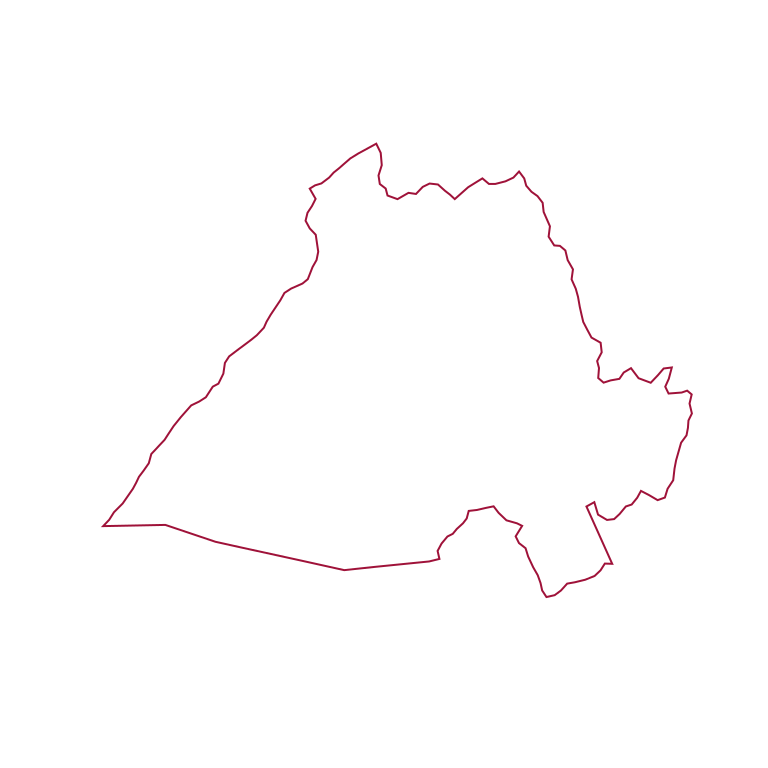 the district of Tarrafas, Ceará, Brazil, rotated 350°
{"feature_id": "56859067B6243055692939", "entity_name": "Tarrafas", "entity_type": "district", "adm_level": 2, "iso_a3": "BRA", "parent_name": "Brazil", "parent_adm1": "Ceará", "projection": "robinson", "projection_center": [-39.719, -6.722], "detail": "fine", "context": "isolated", "style": "outline", "palette": "rose", "viewbox_px": 768, "rotation_deg": 350, "n_neighbors": 0, "source": "geoboundaries", "source_scale": "gbopen_adm2", "svg_char_len": 2394}
<svg xmlns="http://www.w3.org/2000/svg" viewBox="0 0 768 768"><g transform="rotate(350 384 384)"><path d="M82.8,475.2L144.2,484.8L190.6,510.1L214.0,519.8L273.4,544.2L312.5,560.4L343.0,562.5L397.6,566.6L408.2,565.9L407.8,557.7L413.0,551.1L420.0,545.2L425.7,543.5L430.5,539.4L437.6,534.9L442.1,530.8L445.4,523.7L453.7,524.2L463.1,523.7L470.7,523.5L474.5,530.8L480.9,539.5L490.8,544.3L495.4,547.7L487.2,556.9L489.3,564.1L494.9,570.3L496.0,578.9L499.1,590.4L502.2,599.0L503.6,607.2L503.9,614.8L507.0,622.0L515.4,621.6L522.4,618.1L529.7,612.4L537.5,612.4L548.2,611.7L558.1,609.6L564.9,605.1L570.3,599.2L577.5,600.7L562.1,539.8L570.6,536.9L572.1,549.8L580.0,556.6L587.2,557.0L593.5,552.9L600.9,546.6L607.0,545.7L613.6,540.0L618.5,533.9L625.8,539.5L633.3,545.9L640.9,544.6L645.1,536.4L652.1,529.0L655.4,517.8L658.4,509.9L666.4,493.4L673.0,487.1L675.7,480.0L677.5,472.8L682.1,466.5L681.5,456.3L685.2,447.7L681.4,443.2L675.7,444.1L662.6,442.8L660.5,435.5L665.4,428.3L670.3,417.7L662.1,417.3L655.4,422.8L646.9,429.1L635.7,422.5L630.0,411.3L622.1,414.3L616.7,419.8L607.8,419.8L600.5,420.8L596.0,415.3L598.5,405.6L597.9,398.4L603.9,390.6L604.5,381.0L596.4,374.3L593.6,365.8L591.0,357.5L590.6,350.7L590.2,342.1L590.2,331.8L589.4,323.5L586.9,313.5L590.0,303.9L586.4,293.9L585.8,284.0L581.2,278.5L575.7,277.1L571.7,267.5L574.8,257.5L571.1,242.3L571.7,233.1L567.8,225.6L562.6,220.3L558.5,213.4L557.8,205.9L553.9,198.2L547.3,203.2L538.8,205.5L528.4,206.3L522.1,205.2L516.6,198.6L508.8,201.7L501.1,204.8L493.6,209.4L485.8,214.2L481.8,208.9L477.6,204.3L471.8,196.9L463.7,194.5L456.4,196.6L448.5,202.4L441.3,200.0L429.4,204.3L420.2,199.0L419.6,191.8L414.6,186.3L414.8,177.7L419.8,168.1L420.9,155.8L418.1,146.0L398.8,152.5L390.0,156.0L383.0,160.2L376.9,163.9L371.2,167.0L365.8,171.2L357.2,175.6L350.6,176.4L344.8,178.7L348.8,189.8L344.0,196.2L338.4,202.1L335.1,209.6L337.9,217.9L342.7,225.2L342.2,242.3L339.1,250.2L333.9,256.5L327.2,267.5L321.2,270.9L309.1,273.9L301.8,277.0L296.4,283.6L284.5,296.0L279.2,302.2L275.5,307.7L267.2,313.9L261.8,316.9L255.8,320.0L247.0,324.4L236.3,329.9L231.0,335.6L227.6,345.9L221.0,354.9L214.9,356.9L206.3,366.1L198.9,369.2L190.4,371.6L178.2,381.3L169.5,388.9L163.6,395.1L158.2,400.9L151.9,405.6L147.3,409.1L142.7,412.5L138.6,421.2L132.2,427.6L126.6,432.8L122.7,438.3L118.5,443.6L105.9,456.3L95.8,463.4L89.8,470.0L82.8,475.2Z" fill="none" stroke="#9f1239" stroke-width="2"/></g></svg>